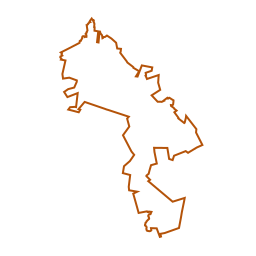 outline of Magdalena, Sonora, Mexico, rotated 187°
{"feature_id": "50627088B62181575538167", "entity_name": "Magdalena", "entity_type": "district", "adm_level": 2, "iso_a3": "MEX", "parent_name": "Mexico", "parent_adm1": "Sonora", "projection": "albers", "projection_center": [-110.948, 30.763], "detail": "fine", "context": "isolated", "style": "outline", "palette": "amber", "viewbox_px": 256, "rotation_deg": 187, "n_neighbors": 0, "source": "geoboundaries", "source_scale": "gbopen_adm2", "svg_char_len": 4716}
<svg xmlns="http://www.w3.org/2000/svg" viewBox="0 0 256 256"><g transform="rotate(187 128 128)"><path d="M78.8,28.2L65.2,35.0L64.5,46.0L64.3,51.0L63.4,62.0L63.2,65.5L74.7,60.3L101.4,77.7L99.8,79.3L103.9,82.5L103.9,83.0L101.9,85.1L101.5,88.4L100.6,93.9L95.1,96.2L98.8,107.4L99.7,111.5L86.5,113.0L83.4,102.3L79.8,101.6L78.9,106.1L67.9,112.1L65.4,110.7L65.3,110.8L57.4,117.0L52.1,120.2L59.9,131.8L60.0,135.2L71.8,147.1L71.8,145.1L72.4,140.2L72.8,139.8L79.3,143.7L79.2,144.3L82.8,148.1L83.9,149.3L81.9,151.2L84.5,152.8L85.0,153.5L88.0,155.2L88.2,156.0L86.9,156.0L86.1,156.7L86.1,159.5L86.2,161.0L87.8,161.7L88.7,162.1L89.4,162.5L90.6,163.0L90.7,162.9L91.8,162.1L92.4,162.9L92.5,162.9L96.0,159.5L95.7,159.3L97.6,158.1L98.1,158.0L98.5,158.1L101.8,157.7L108.5,163.3L100.7,169.8L103.6,176.7L104.0,184.3L115.1,179.0L115.2,179.3L115.4,179.5L115.5,179.6L115.6,179.8L115.8,180.3L116.1,180.7L116.3,181.0L116.9,181.9L116.7,182.0L116.5,182.5L117.2,184.9L111.5,187.7L111.3,191.1L121.9,191.8L124.8,180.2L126.4,180.2L123.8,185.7L130.0,188.4L130.1,189.0L131.0,189.6L136.6,192.9L137.5,194.1L144.4,201.2L144.9,201.7L144.6,202.9L144.6,205.7L148.4,205.6L150.2,211.2L155.4,214.8L160.2,217.2L160.4,217.1L160.6,216.8L161.0,216.4L161.5,216.0L161.7,215.8L161.9,215.6L162.1,215.5L162.3,215.4L162.8,215.4L163.2,215.4L163.5,215.4L163.8,215.2L163.7,215.0L163.6,214.8L163.6,214.7L163.7,214.4L163.9,214.3L164.0,214.2L164.3,214.0L164.6,215.1L164.7,215.6L164.8,215.9L164.9,216.2L165.1,216.9L165.2,217.0L165.4,217.2L165.6,217.4L165.8,217.6L166.2,218.0L166.4,218.1L166.5,218.1L166.6,218.3L166.7,218.5L166.8,218.6L167.0,218.7L167.0,218.8L167.0,219.0L167.3,219.4L167.3,219.5L167.3,219.8L167.4,220.0L167.7,220.1L167.7,220.4L167.8,220.6L167.9,220.8L168.0,221.1L167.7,209.3L169.2,209.4L169.3,220.3L173.1,220.5L173.4,223.9L173.9,224.0L174.0,227.1L174.1,227.4L174.2,227.5L174.2,227.8L174.4,228.2L174.6,228.4L174.8,228.7L175.0,228.9L175.0,229.1L175.0,229.3L175.0,229.7L175.0,229.8L175.0,230.3L175.0,230.5L175.2,230.8L175.4,230.9L175.5,231.0L175.9,230.9L176.1,230.7L176.4,231.1L176.5,231.1L176.7,231.3L176.8,231.5L177.0,231.7L177.4,232.2L178.4,230.5L179.1,229.0L178.4,228.5L179.3,228.0L179.4,227.8L179.5,227.6L179.8,227.4L179.9,227.2L180.0,227.0L180.2,226.9L180.3,226.8L180.3,226.7L180.3,226.4L180.5,226.3L180.6,226.1L180.8,225.9L180.8,225.7L181.0,225.5L181.0,225.4L181.1,225.2L181.3,225.1L181.4,224.9L181.5,224.9L180.1,219.8L180.2,219.6L180.3,219.3L180.4,219.1L180.5,218.9L180.5,218.2L181.0,217.8L180.9,216.9L181.2,216.6L181.2,216.4L181.3,216.3L181.4,216.2L181.1,216.0L180.9,215.9L180.9,215.7L180.8,215.3L180.8,215.1L180.6,214.7L180.4,214.4L180.4,214.2L180.4,213.9L180.4,213.7L180.4,213.4L180.6,213.4L181.3,213.3L181.5,213.3L181.7,213.2L181.7,213.4L181.8,213.5L182.1,213.6L182.6,213.8L182.9,213.8L183.0,213.8L183.2,213.7L183.3,213.6L183.5,213.5L183.8,213.6L184.1,213.5L184.2,213.4L184.3,213.3L184.4,213.1L184.4,212.9L184.4,212.7L184.4,212.4L184.5,212.3L184.5,212.0L184.5,211.9L184.4,211.8L184.4,211.7L184.4,211.4L184.5,211.2L184.7,210.8L184.9,210.5L184.9,210.4L184.9,210.2L185.0,210.0L185.1,209.9L185.2,209.6L185.3,209.5L185.3,209.4L185.3,209.2L185.7,209.0L185.7,208.9L185.7,208.7L185.8,208.7L185.9,208.8L186.0,208.8L186.3,208.7L186.5,208.5L186.5,206.6L197.0,199.4L203.9,194.8L202.7,194.1L202.9,192.9L202.0,191.9L203.8,190.7L203.8,189.8L202.4,188.5L202.8,187.7L198.3,187.4L199.7,173.6L198.5,169.1L192.4,170.8L184.6,169.0L184.5,167.6L186.3,161.6L192.1,159.3L195.8,156.0L191.9,151.3L182.2,156.5L182.1,142.4L183.3,142.5L188.0,141.6L189.5,139.0L184.7,138.4L178.8,137.6L177.6,140.3L179.4,140.7L174.2,148.6L153.3,144.2L152.1,143.9L151.7,143.8L149.8,143.5L128.6,139.3L130.0,137.2L126.9,129.6L132.1,120.2L121.7,105.1L118.6,102.1L122.1,95.4L127.3,89.6L127.6,82.6L120.1,81.6L120.1,69.7L119.3,66.3L116.5,66.2L111.1,65.9L114.8,63.5L109.6,51.1L107.1,45.0L99.0,47.6L98.4,47.0L97.2,46.9L97.0,47.6L94.5,47.6L95.2,45.2L95.9,45.0L96.4,44.8L96.7,44.5L97.0,44.1L97.2,43.6L97.2,43.2L97.1,42.9L97.0,42.6L96.8,42.5L96.5,42.2L96.4,42.1L96.3,41.9L96.3,41.5L96.2,41.1L96.0,40.8L96.0,40.4L96.1,40.2L96.4,40.0L96.5,39.8L96.8,39.6L97.0,39.1L97.3,38.9L97.5,38.6L97.8,38.1L98.1,37.8L98.1,37.6L98.2,37.4L98.4,36.9L98.6,36.5L99.0,36.2L99.1,35.8L99.1,35.6L99.1,35.4L99.0,35.1L99.0,34.9L99.1,34.7L99.3,34.3L99.3,34.1L99.3,33.9L99.3,33.5L99.2,33.3L99.0,33.2L98.9,33.1L98.5,32.9L98.4,32.8L98.1,32.7L97.8,32.5L97.7,32.3L97.6,32.0L97.5,31.7L97.4,31.5L97.5,30.9L97.5,30.2L97.3,29.9L97.3,29.7L97.3,29.4L97.2,29.2L97.0,28.9L96.8,28.5L96.7,28.5L96.4,28.5L96.2,28.4L95.8,28.3L95.7,28.2L95.3,28.2L94.9,28.2L94.5,28.2L94.2,28.2L93.9,28.2L93.2,28.5L92.8,28.8L92.7,28.9L92.5,29.3L92.4,29.4L93.0,31.4L87.3,31.9L83.1,23.8L82.0,24.3L83.0,26.9L78.8,28.2Z" fill="none" stroke="#b45309" stroke-width="2"/></g></svg>